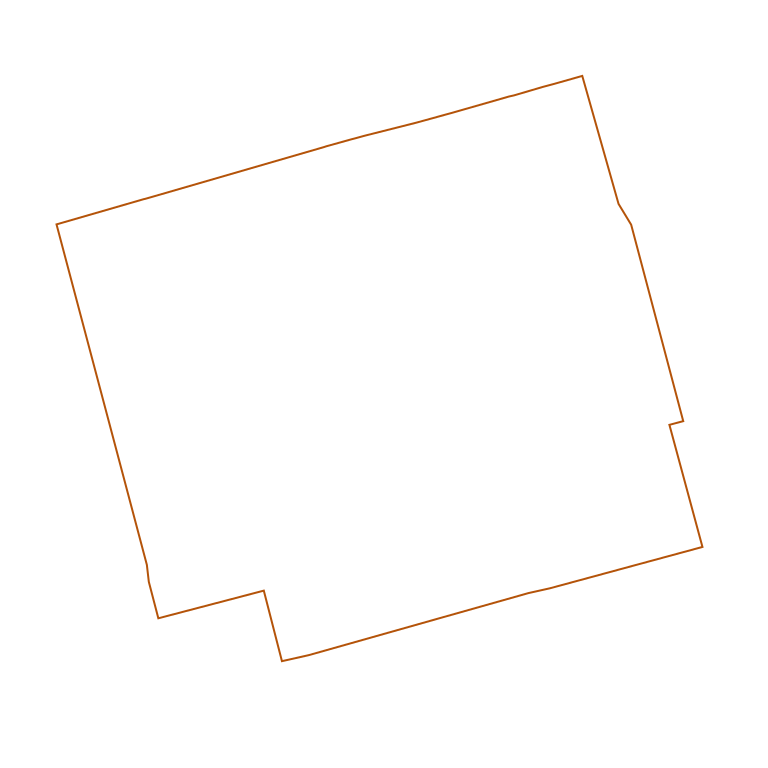 Oregon, Missouri, United States of America, rotated 164°
{"feature_id": "52423323B54234500160423", "entity_name": "Oregon", "entity_type": "district", "adm_level": 2, "iso_a3": "USA", "parent_name": "United States of America", "parent_adm1": "Missouri", "projection": "mercator", "projection_center": [-91.435, 36.693], "detail": "fine", "context": "isolated", "style": "outline", "palette": "amber", "viewbox_px": 768, "rotation_deg": 164, "n_neighbors": 0, "source": "geoboundaries", "source_scale": "gbopen_adm2", "svg_char_len": 598}
<svg xmlns="http://www.w3.org/2000/svg" viewBox="0 0 768 768"><g transform="rotate(164 384 384)"><path d="M665.5,221.0L556.5,218.5L558.5,145.7L531.1,144.1L302.9,143.2L280.9,141.9L122.8,139.6L120.9,266.1L106.6,265.8L102.5,469.0L108.9,492.5L108.5,625.5L138.3,625.6L149.5,625.8L163.2,625.7L179.6,625.6L184.7,625.9L231.8,625.9L241.6,625.9L244.1,625.9L251.2,626.0L280.9,626.3L331.1,627.9L334.8,628.0L344.6,628.1L347.8,628.2L373.9,628.4L374.0,628.4L376.0,628.3L553.9,627.8L562.6,627.8L563.9,627.9L654.8,627.7L661.8,275.5L664.6,258.7L665.5,221.0Z" fill="none" stroke="#b45309" stroke-width="2"/></g></svg>